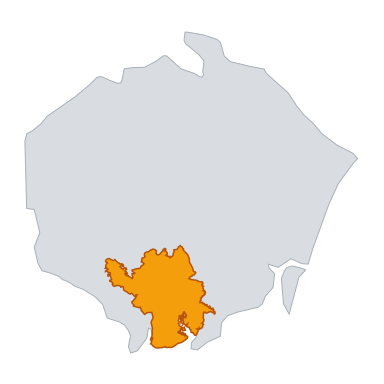 Port Loko, Northern, Sierra Leone shown in context, rotated 269°
{"feature_id": "65957751B90762568654783", "entity_name": "Port Loko", "entity_type": "district", "adm_level": 2, "iso_a3": "SLE", "parent_name": "Sierra Leone", "parent_adm1": "Northern", "projection": "albers", "projection_center": [-12.858, 8.766], "detail": "fine", "context": "in_parent", "style": "filled", "palette": "amber", "viewbox_px": 384, "rotation_deg": 269, "n_neighbors": 0, "source": "geoboundaries", "source_scale": "gbopen_adm2", "svg_char_len": 7340}
<svg xmlns="http://www.w3.org/2000/svg" viewBox="0 0 384 384"><g transform="rotate(269 192 192)"><path d="M352.0,187.8L351.8,191.1L348.8,206.5L344.1,219.8L340.9,223.1L327.4,226.6L321.7,232.5L316.8,251.3L313.7,266.1L309.1,268.6L289.3,290.0L276.3,298.1L267.2,305.1L258.7,314.2L247.9,323.0L236.3,337.9L228.0,353.4L222.4,358.2L218.1,353.9L198.2,338.7L177.3,328.6L132.7,311.6L117.9,306.9L118.4,300.8L123.5,289.8L115.2,276.8L118.4,267.4L115.2,267.4L108.8,273.1L95.2,271.4L86.2,263.3L78.9,260.4L75.7,256.3L71.0,234.9L67.6,225.3L60.8,219.3L47.2,217.8L41.6,204.7L34.0,194.6L35.2,188.4L41.4,188.8L46.2,193.3L54.0,195.2L63.7,184.3L72.3,178.3L74.3,173.1L73.2,170.3L68.0,174.7L53.7,173.6L50.1,177.5L43.7,178.8L38.8,166.0L39.0,158.5L41.1,150.2L55.5,148.8L56.7,146.1L46.7,144.3L34.2,134.7L32.0,128.0L38.2,125.8L44.1,126.8L49.3,128.2L54.9,125.8L60.1,122.2L63.2,117.5L67.4,105.0L81.0,100.8L89.0,93.2L96.6,81.3L100.0,72.9L103.2,68.7L105.1,65.1L106.6,61.1L110.0,57.5L113.5,48.7L115.9,40.6L123.7,36.7L139.6,33.3L154.0,39.1L177.2,34.0L178.5,26.4L199.8,26.2L225.0,26.0L246.0,25.8L253.2,27.8L255.9,33.4L262.8,42.2L270.1,48.3L279.1,61.7L289.6,77.2L300.9,91.3L308.2,98.9L309.0,101.5L308.5,104.6L305.0,111.8L302.0,119.5L302.3,122.5L304.5,123.9L316.3,126.3L317.4,134.9L317.5,146.9L323.3,158.0L328.8,166.1L328.5,169.1L315.3,183.2L310.2,197.1L307.5,201.1L306.5,204.2L309.2,205.6L312.8,204.7L318.0,205.8L322.9,206.2L329.4,201.1L340.2,188.3L343.8,186.7L352.0,187.8ZM113.5,301.5L112.0,304.3L104.9,297.4L68.2,287.0L78.5,281.5L104.0,279.9L111.6,283.1L115.0,285.8L116.3,290.9L113.5,301.5Z" fill="#d9dde1" stroke="#a8b0b8" stroke-width="1"/><path d="M122.7,105.4L122.9,106.1L122.4,106.2L120.9,104.8L119.9,104.4L118.1,104.6L117.2,103.9L117.2,106.0L116.9,106.5L116.1,106.8L114.7,104.2L113.9,104.1L114.3,105.6L113.3,106.6L112.7,108.8L111.9,109.1L110.5,108.6L111.6,107.1L111.2,106.5L110.4,106.3L109.5,106.5L109.3,106.7L110.2,108.5L109.7,108.9L105.8,110.1L105.1,108.2L104.4,108.2L104.0,108.4L103.9,109.7L102.2,111.2L101.8,111.4L101.2,110.7L100.7,110.8L99.3,111.9L99.0,112.6L99.2,113.5L100.0,115.4L99.6,117.7L98.9,119.1L98.2,119.1L98.8,121.1L98.5,121.7L95.4,121.8L95.0,122.6L94.0,123.4L93.1,125.4L91.8,126.7L91.0,128.4L91.8,129.7L91.4,130.5L88.7,132.6L88.8,133.4L90.0,134.1L90.2,135.3L89.1,134.8L88.5,134.0L87.9,134.1L86.4,133.4L86.4,132.9L84.6,131.6L83.1,129.9L81.7,130.3L80.2,131.8L79.0,131.5L77.3,136.8L77.7,138.4L76.1,138.6L75.6,139.1L74.1,139.3L74.1,139.9L73.2,140.3L72.4,141.1L71.5,141.4L70.4,142.6L72.2,144.9L72.3,149.7L67.0,150.9L63.3,149.1L61.6,148.9L57.1,150.0L55.1,150.0L54.1,149.7L50.6,149.8L48.6,149.5L47.4,149.0L46.7,150.2L46.3,150.2L44.2,149.1L42.4,148.9L41.0,148.0L41.0,148.5L38.6,150.4L38.1,151.4L37.1,152.3L36.6,154.8L37.0,159.4L37.7,162.6L37.3,162.8L36.9,164.3L37.2,165.9L36.9,167.9L37.0,169.1L38.4,172.0L40.5,174.6L42.0,179.4L45.2,184.1L45.3,183.9L45.5,184.3L47.2,185.2L48.0,184.6L48.7,183.3L48.9,182.0L48.6,182.0L49.4,181.4L49.4,179.6L50.7,177.6L51.4,175.8L51.9,175.6L52.9,175.9L53.5,178.1L55.6,178.1L56.2,179.3L57.3,179.1L58.1,177.4L60.6,176.1L60.8,176.6L61.2,176.8L62.5,176.8L63.6,176.2L65.1,176.5L66.5,177.2L67.3,176.9L68.7,177.1L68.7,177.6L67.6,178.1L67.2,178.4L67.4,178.7L68.4,179.2L70.2,180.9L71.9,181.4L72.3,182.1L71.6,182.2L70.8,183.1L68.9,184.0L69.3,184.3L69.3,184.7L69.1,184.3L68.2,184.1L67.8,183.6L66.9,183.8L66.5,183.1L66.5,181.3L65.7,180.7L65.7,180.3L65.4,180.7L63.9,180.7L62.7,181.4L61.6,181.1L61.0,180.6L60.9,180.1L60.7,180.1L60.2,180.9L60.4,181.2L60.1,182.0L58.6,183.4L60.5,185.1L60.6,185.4L57.7,184.1L57.1,185.9L56.9,185.8L56.4,187.0L54.7,187.5L54.1,188.5L51.7,188.6L51.4,190.7L51.0,190.6L49.5,191.9L49.0,191.9L48.7,192.6L49.0,193.9L53.7,195.9L54.7,195.6L55.1,194.8L55.3,195.8L56.0,196.5L54.6,196.4L54.5,196.7L55.1,197.6L55.1,198.2L55.8,198.7L56.0,199.8L56.8,200.2L58.6,200.4L59.1,201.0L59.3,200.5L60.3,200.7L60.7,199.6L61.0,200.2L62.7,201.5L64.4,201.7L65.7,201.0L71.5,201.4L71.7,201.8L71.7,202.9L70.9,203.1L70.7,204.4L70.9,205.4L71.5,206.0L71.5,206.4L72.1,207.9L71.9,208.3L72.3,208.7L70.9,210.7L70.8,211.6L69.8,212.1L70.2,212.3L70.0,212.7L70.2,213.0L72.3,212.6L72.2,211.7L73.2,211.1L73.9,211.6L75.5,210.8L75.2,210.3L74.5,210.1L74.4,209.8L75.3,208.9L75.5,207.4L76.0,207.6L76.5,208.4L77.7,207.6L76.9,206.4L77.5,205.1L79.1,205.0L79.2,204.4L78.3,203.4L78.5,203.0L79.4,203.0L80.3,202.3L79.9,201.5L80.0,200.8L81.5,200.7L81.2,198.1L81.7,198.4L82.6,198.1L83.1,198.3L83.3,199.1L85.3,198.7L85.4,199.3L86.1,199.2L86.4,200.1L87.0,200.1L87.4,200.9L88.0,200.7L88.5,202.3L89.2,202.5L89.3,203.0L89.9,202.7L90.4,203.3L90.7,203.0L91.1,203.4L91.6,203.2L91.8,203.6L93.0,202.8L92.6,202.3L92.9,202.0L93.0,201.2L94.0,201.8L95.0,201.7L97.2,201.0L97.6,201.7L98.2,200.5L99.2,200.4L99.4,200.9L99.9,200.6L100.3,201.2L100.8,201.3L101.7,201.0L102.0,200.5L102.3,197.6L103.6,195.2L104.4,190.1L105.4,187.4L107.5,189.0L107.7,190.5L108.7,190.9L109.3,193.0L111.4,194.4L112.1,193.7L112.5,192.1L116.2,191.2L122.0,188.2L125.5,188.1L129.6,186.5L133.7,182.5L134.3,182.3L135.1,182.6L135.4,182.0L137.3,181.1L138.1,179.4L138.5,179.3L137.4,177.6L135.6,176.7L134.8,175.6L134.5,172.8L132.5,173.1L131.1,172.2L129.9,172.1L127.9,171.2L126.7,169.0L128.1,168.8L127.7,167.7L128.6,166.4L128.4,165.5L129.1,164.8L129.5,165.8L130.7,166.3L132.0,165.9L133.6,164.7L133.8,163.5L135.4,164.8L136.0,163.8L135.0,163.3L135.3,162.3L133.6,161.7L132.4,160.4L130.3,158.6L129.9,157.5L130.0,155.8L131.3,155.0L133.5,155.5L134.6,154.7L135.6,152.2L135.3,151.0L134.1,148.7L133.0,147.7L132.7,145.2L131.6,143.6L129.9,143.2L128.2,143.8L127.5,143.4L126.9,141.1L126.1,141.2L125.4,140.4L123.8,140.7L123.1,140.1L121.8,142.5L121.3,142.7L120.9,142.2L120.5,142.3L119.4,141.2L119.3,140.1L117.3,139.2L116.5,138.3L116.3,135.3L114.9,130.6L114.5,130.6L113.1,131.7L112.0,133.4L111.4,133.3L111.2,132.6L111.3,130.6L107.6,131.3L106.5,130.8L108.3,128.1L108.5,127.4L109.5,126.9L109.9,125.3L109.4,125.4L109.4,124.9L110.6,124.2L110.9,123.7L111.6,123.5L112.2,124.1L111.1,125.1L111.4,125.8L111.9,125.9L113.6,124.7L114.2,123.5L115.9,125.3L116.2,124.8L117.3,124.6L117.0,123.9L117.5,123.0L116.3,121.6L115.8,121.5L115.9,121.3L118.7,118.6L120.0,120.3L118.8,121.3L119.2,122.3L120.6,121.8L120.8,121.3L121.4,120.8L121.3,118.5L122.2,118.0L122.6,116.7L124.1,115.1L125.8,113.7L125.0,112.9L125.0,112.1L125.7,109.9L126.9,108.4L126.6,106.2L125.3,104.7L124.4,104.3L122.7,105.4ZM69.9,181.1L67.4,181.1L67.0,181.6L67.2,182.8L68.5,183.7L70.3,183.1L71.2,182.1L69.9,181.1ZM55.0,180.1L54.6,179.7L53.6,180.0L53.8,183.0L56.9,181.9L56.4,181.2L56.6,180.1L55.0,180.1ZM66.8,179.2L65.1,178.1L64.4,178.7L62.0,179.4L64.1,179.3L65.0,179.8L65.9,179.6L67.2,179.7L66.8,179.2ZM52.1,178.1L51.6,177.0L51.1,177.1L49.8,180.1L51.4,179.3L52.1,178.1ZM51.7,180.6L51.7,179.8L50.9,179.9L51.1,180.6L51.7,180.6ZM50.2,182.9L50.7,182.0L50.8,181.7L49.7,182.2L49.9,183.0L50.2,182.9ZM63.0,178.5L62.6,178.4L61.5,178.6L62.3,179.0L63.0,178.5ZM46.1,148.1L45.6,148.2L46.8,148.7L46.6,148.4L46.1,148.1ZM55.9,179.2L55.5,178.5L55.2,178.7L55.5,179.2L55.9,179.2ZM47.1,149.1L46.8,148.9L46.0,148.6L46.5,149.1L47.1,149.1ZM68.5,179.6L67.9,179.2L67.6,179.5L68.5,179.6ZM49.9,180.3L50.3,180.7L50.3,180.1L49.9,180.3ZM44.9,148.1L44.6,148.3L45.0,148.4L44.9,148.1ZM58.7,179.7L58.8,179.8L58.9,179.4L58.7,179.7ZM46.9,149.5L47.0,149.2L46.6,149.3L46.9,149.5ZM51.3,176.7L51.6,176.5L51.5,176.3L51.3,176.7ZM45.6,149.4L45.4,149.2L45.2,149.2L45.4,149.4L45.6,149.4Z" fill="#f59e0b" stroke="#b45309" stroke-width="1.5"/></g></svg>